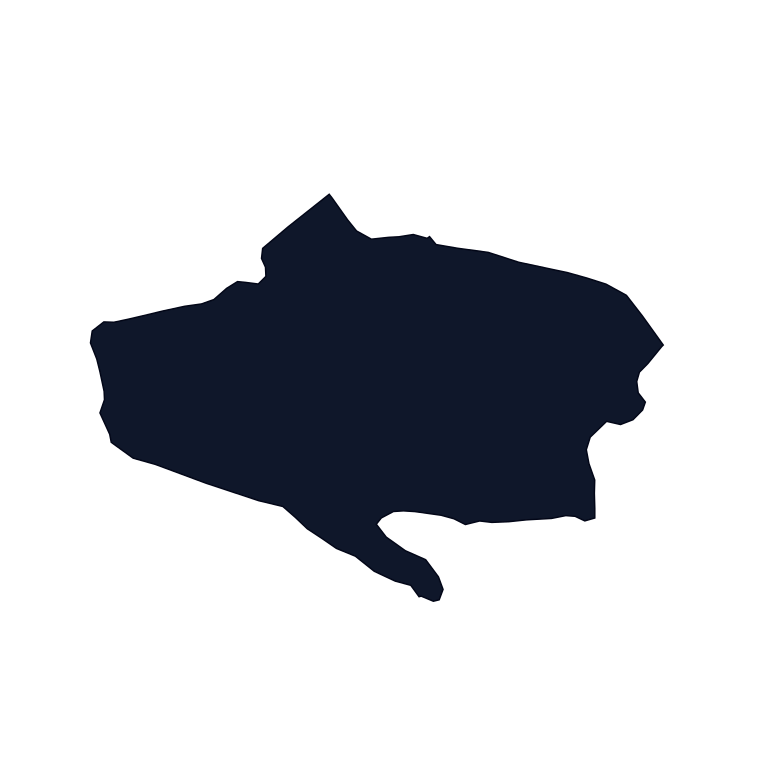 Kalix, Norrbotten, Sweden (Albers equal-area conic projection), rotated 315°
{"feature_id": "70781695B60696857291405", "entity_name": "Kalix", "entity_type": "district", "adm_level": 2, "iso_a3": "SWE", "parent_name": "Sweden", "parent_adm1": "Norrbotten", "projection": "albers", "projection_center": [22.934, 65.977], "detail": "fine", "context": "isolated", "style": "filled", "palette": "ink", "viewbox_px": 768, "rotation_deg": 315, "n_neighbors": 0, "source": "geoboundaries", "source_scale": "gbopen_adm2", "svg_char_len": 1431}
<svg xmlns="http://www.w3.org/2000/svg" viewBox="0 0 768 768"><g transform="rotate(315 384 384)"><path d="M479.4,211.1L427.5,205.1L394.1,202.3L386.2,208.6L382.8,217.6L376.6,224.4L365.8,224.4L357.9,214.2L352.8,208.0L340.4,205.1L323.4,204.0L311.5,198.3L298.0,188.1L279.4,176.1L260.8,164.7L248.9,157.3L236.6,149.3L229.8,142.0L215.2,140.2L205.5,147.4L198.6,163.2L191.8,174.5L180.9,191.3L175.2,197.5L162.7,203.6L154.5,225.6L150.3,231.8L149.9,232.4L154.2,259.1L165.4,279.0L188.2,328.7L212.9,377.9L225.9,399.1L227.0,415.6L227.4,432.2L230.7,448.2L234.1,466.6L242.0,485.5L244.7,509.6L252.6,531.4L260.6,545.3L258.4,559.2L260.3,560.3L265.3,572.5L270.4,575.6L280.5,571.0L286.1,558.9L289.2,537.7L281.2,517.0L277.3,493.8L279.4,477.7L287.4,476.8L300.5,480.8L308.0,487.4L315.6,496.0L331.6,517.2L338.2,528.8L342.2,540.9L347.2,543.9L354.8,548.5L362.4,558.1L375.0,569.7L388.7,580.8L407.4,597.5L419.5,605.6L425.6,612.7L429.2,622.8L438.3,627.8L444.9,621.2L455.5,610.0L465.1,600.9L472.6,585.2L480.6,573.5L492.2,567.4L515.0,567.8L522.6,579.9L534.8,585.3L548.5,585.2L556.0,581.6L557.5,570.0L564.5,560.9L573.0,556.2L585.1,556.1L606.8,553.9L609.0,553.9L614.8,518.7L618.1,492.7L611.6,470.4L602.4,452.6L592.4,434.8L584.3,422.4L565.3,393.1L550.8,364.7L531.9,339.9L519.4,322.2L520.4,312.0L517.5,311.5L510.4,299.0L498.7,290.5L490.9,283.5L477.5,272.7L472.8,256.4L474.3,242.3L478.8,215.9L479.4,211.1Z" fill="#0f172a" stroke="#020617" stroke-width="1.5"/></g></svg>